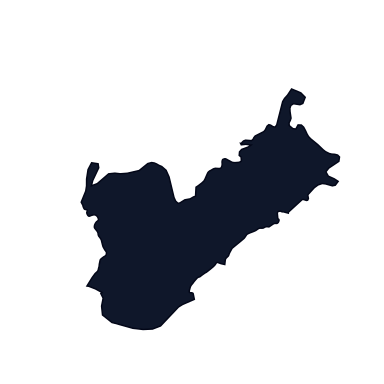 Sremski, Albers equal-area conic projection, rotated 140°
{"feature_id": "SRB-281", "entity_name": "Sremski", "entity_type": "District", "adm_level": 1, "iso_a3": "SRB", "parent_name": "Republic of Serbia", "parent_adm1": "", "projection": "albers", "projection_center": [19.679, 44.916], "detail": "fine", "context": "isolated", "style": "filled", "palette": "ink", "viewbox_px": 384, "rotation_deg": 140, "n_neighbors": 0, "source": "natural_earth", "source_scale": "10m", "svg_char_len": 4629}
<svg xmlns="http://www.w3.org/2000/svg" viewBox="0 0 384 384"><g transform="rotate(140 192 192)"><path d="M89.9,194.2L88.8,192.7L88.0,190.1L86.7,188.3L84.0,188.9L64.4,203.0L60.9,204.2L56.5,204.8L49.5,206.9L44.9,198.0L44.4,191.8L50.2,188.6L53.2,189.5L57.5,194.4L60.6,194.8L63.2,193.2L65.2,190.6L68.7,184.9L70.8,183.6L73.2,182.6L74.8,180.4L74.0,175.7L72.0,173.5L67.6,175.2L65.2,173.0L64.8,169.9L65.6,166.1L66.6,162.5L67.1,159.6L66.9,156.4L65.2,147.4L64.4,140.0L63.8,137.1L62.1,133.2L60.6,131.2L58.4,129.1L56.7,126.7L56.5,124.0L59.8,121.1L71.8,122.4L76.5,121.4L77.4,116.5L74.6,110.7L73.2,106.2L77.9,105.1L80.5,106.5L84.5,112.4L86.8,114.8L90.9,116.4L95.5,116.7L104.6,115.5L105.6,114.8L106.3,113.4L107.1,112.1L108.7,111.4L109.7,111.9L111.4,114.6L112.4,115.4L131.1,114.6L131.8,113.9L133.1,115.7L134.6,117.9L134.9,118.2L135.5,118.7L135.8,119.0L136.1,119.6L136.5,120.3L136.6,120.5L136.9,120.8L137.1,120.9L138.2,121.5L138.5,121.6L138.9,121.7L139.1,121.7L139.3,121.6L139.6,121.4L139.8,121.3L140.0,121.1L140.6,120.5L140.9,120.0L143.4,116.4L143.3,116.1L143.1,115.4L143.2,114.9L143.5,114.4L143.9,114.1L144.3,113.8L145.4,113.3L146.2,113.2L146.5,113.2L147.0,113.3L147.5,113.6L148.6,114.6L149.1,114.9L149.6,115.1L150.5,115.3L155.5,115.8L156.7,117.1L157.3,117.6L157.8,117.9L158.3,118.1L159.7,118.4L160.4,118.5L160.9,118.8L161.4,119.1L162.9,120.4L163.8,121.0L164.3,121.1L165.2,121.3L167.8,121.5L168.6,121.7L170.9,122.4L174.0,123.5L176.2,124.1L176.8,124.2L177.5,124.2L180.6,123.3L181.4,123.1L182.3,123.0L184.9,123.0L197.5,123.1L201.6,121.5L203.2,120.8L204.3,120.1L204.9,119.8L205.5,119.6L208.4,119.4L209.1,119.2L209.7,118.9L210.2,118.5L211.4,117.4L213.5,115.4L215.8,118.4L217.6,121.5L217.9,121.8L218.3,122.0L218.7,122.1L219.1,122.0L221.0,121.4L221.8,121.3L223.5,121.1L227.1,121.1L230.8,121.2L232.7,121.3L233.5,121.5L234.0,121.6L237.3,121.9L240.4,122.0L240.8,122.1L241.7,122.6L242.1,122.7L243.6,122.8L247.2,122.2L248.7,121.9L249.7,121.6L252.5,121.1L253.3,120.8L254.0,120.5L254.7,120.1L256.7,118.7L257.7,118.0L258.1,117.5L258.3,117.2L258.4,116.8L258.3,116.4L258.0,115.9L257.0,115.0L256.6,114.4L256.4,114.0L256.4,113.6L256.5,113.3L256.7,112.9L259.2,108.3L271.5,111.9L276.3,112.6L302.2,109.6L310.3,112.4L317.8,118.1L322.3,122.9L324.8,125.5L335.6,141.3L337.2,143.5L339.6,155.3L334.6,162.7L328.3,167.8L327.1,172.8L325.5,172.8L328.2,179.8L331.6,186.0L332.9,187.5L323.5,190.6L318.6,191.8L316.0,191.9L315.3,192.0L314.4,192.3L313.8,192.7L312.5,193.7L311.0,194.7L309.4,196.3L306.6,198.5L306.2,198.8L305.6,199.1L304.9,199.2L303.2,199.2L301.5,199.1L299.7,198.8L299.1,198.8L298.6,198.9L298.1,199.1L297.6,199.4L296.7,200.3L296.3,200.9L296.1,201.3L296.1,201.8L296.0,203.6L295.9,204.3L295.3,207.3L294.6,208.9L292.2,213.8L291.9,215.9L291.8,218.2L291.6,218.9L291.3,219.6L290.5,220.8L290.2,221.5L290.0,222.3L289.9,223.1L289.8,226.4L289.7,227.2L289.5,227.7L289.2,228.1L288.5,228.8L287.7,229.4L286.2,230.1L284.7,230.5L284.1,230.6L283.2,230.5L282.6,230.5L282.1,230.6L281.7,230.7L281.3,231.1L280.8,232.1L280.6,232.5L280.4,233.4L280.3,234.3L280.4,235.1L280.6,236.0L280.8,236.5L281.1,236.9L281.9,237.6L282.7,238.1L284.3,238.8L286.0,239.3L286.3,239.6L286.7,240.0L286.8,240.6L286.8,241.2L286.5,242.7L286.2,243.3L285.9,243.8L285.6,244.1L284.3,244.9L284.1,245.2L283.9,245.7L284.0,246.0L285.2,247.5L285.4,248.0L285.4,248.6L285.3,249.0L284.8,250.8L284.2,251.8L283.4,255.4L272.8,261.0L268.9,264.4L264.4,269.7L257.2,276.0L250.1,278.9L245.8,274.0L247.9,270.5L260.7,264.6L265.1,261.4L259.2,259.3L244.2,259.5L239.0,256.0L235.3,252.1L229.5,247.9L218.7,242.4L207.6,242.2L204.0,240.5L202.2,238.4L201.1,236.2L200.2,233.7L198.8,231.0L197.9,225.3L199.9,218.3L209.3,199.4L210.4,195.5L210.0,192.3L208.3,191.4L202.5,190.6L197.8,187.9L194.1,187.3L192.0,186.5L185.8,193.1L185.1,193.0L183.3,192.8L178.8,192.6L177.0,192.7L176.2,192.7L175.4,192.9L173.8,193.5L170.0,195.4L167.9,196.4L167.1,196.7L166.4,196.8L165.7,196.8L165.0,196.8L163.4,196.4L161.3,196.1L160.2,195.8L158.8,195.1L158.3,194.6L156.3,192.7L155.8,192.3L155.2,192.0L154.6,191.8L154.3,191.8L153.7,192.0L153.0,192.3L152.1,192.9L151.5,193.4L150.7,194.3L149.7,195.7L148.8,196.5L148.2,196.9L147.7,197.1L147.3,197.1L146.9,197.0L146.0,196.6L145.5,196.4L145.0,195.9L144.6,195.2L143.9,193.3L143.1,191.4L142.4,189.5L142.1,188.9L141.2,187.8L140.1,186.8L137.6,185.0L137.0,184.6L136.0,184.2L135.3,184.1L134.6,184.1L134.1,184.2L131.9,187.2L132.3,189.7L129.8,192.2L126.6,192.7L119.9,190.3L116.5,190.0L120.1,193.9L123.9,196.5L123.5,198.1L122.6,197.2L122.6,197.5L122.0,197.8L119.8,198.0L117.7,197.3L113.4,193.1L111.4,193.1L109.6,193.9L107.6,194.3L98.1,192.1L95.9,192.5L92.1,194.2L89.9,194.2Z" fill="#0f172a" stroke="#020617" stroke-width="1.5"/></g></svg>